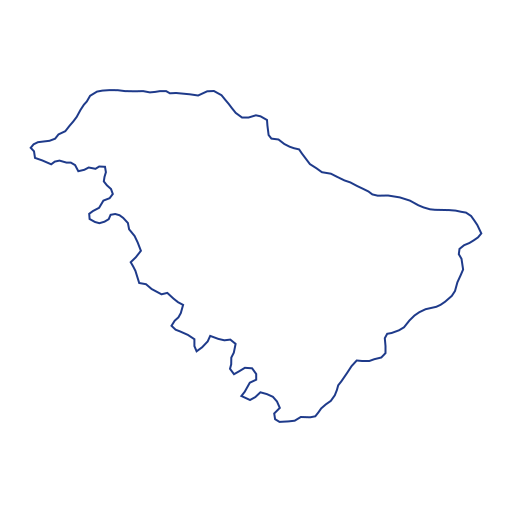 the district of Guará, São Paulo, Brazil
{"feature_id": "56859067B28755744533037", "entity_name": "Guará", "entity_type": "district", "adm_level": 2, "iso_a3": "BRA", "parent_name": "Brazil", "parent_adm1": "São Paulo", "projection": "orthographic", "projection_center": [-47.789, -20.493], "detail": "fine", "context": "isolated", "style": "outline", "palette": "blue", "viewbox_px": 512, "rotation_deg": 0, "n_neighbors": 0, "source": "geoboundaries", "source_scale": "gbopen_adm2", "svg_char_len": 2711}
<svg xmlns="http://www.w3.org/2000/svg" viewBox="0 0 512 512"><path d="M481.3,233.4L477.3,225.0L474.5,220.8L471.1,216.0L466.0,212.6L461.2,211.8L455.6,210.6L449.3,210.1L435.0,209.8L430.0,209.3L423.5,207.4L418.2,205.2L409.9,200.6L399.8,197.4L388.0,195.5L377.8,195.7L372.3,194.4L368.5,191.5L362.6,188.6L357.1,186.0L350.3,182.4L344.4,180.4L337.2,176.9L330.9,173.7L321.9,172.2L316.5,168.3L309.9,164.1L301.9,153.5L299.1,149.4L293.9,148.2L289.6,146.7L284.3,144.0L278.5,139.5L271.4,138.6L268.6,135.0L267.4,125.4L267.0,120.0L260.5,116.3L255.9,115.3L248.6,117.5L242.0,117.5L235.7,112.9L231.7,107.9L228.7,103.9L225.4,100.0L221.5,95.2L213.9,91.0L207.2,91.3L198.1,95.5L189.9,94.3L176.1,93.0L169.9,93.3L166.1,91.1L160.1,91.1L155.2,91.9L149.9,92.4L143.1,91.1L135.3,91.3L124.9,91.1L117.8,90.2L109.8,90.1L102.4,90.6L97.0,91.6L90.1,95.8L86.8,101.5L83.9,104.7L80.5,109.9L76.7,116.9L73.4,121.3L69.7,125.6L65.3,131.2L58.5,134.4L55.1,138.7L49.5,140.8L44.4,141.4L37.9,142.2L33.6,144.3L30.7,147.8L34.0,151.3L35.0,157.9L42.2,160.4L46.8,162.4L51.2,164.3L54.8,161.6L59.5,160.6L66.5,162.6L70.8,162.6L75.1,165.1L78.3,171.2L84.3,169.8L88.7,167.5L95.5,168.8L99.2,166.5L105.0,166.8L105.9,172.2L104.5,176.9L103.8,181.4L106.9,185.3L111.0,189.0L112.8,194.0L109.6,198.2L103.4,200.6L99.1,207.8L93.0,211.0L89.2,213.8L89.6,219.0L95.0,222.0L99.4,223.2L104.5,221.7L108.7,219.2L110.6,214.8L115.2,214.0L119.5,215.2L123.2,217.9L127.9,223.0L129.1,229.3L134.6,236.0L137.7,242.5L140.9,250.8L135.8,257.3L130.7,262.2L133.3,266.7L135.4,270.8L137.2,276.6L139.2,283.0L146.0,284.2L151.6,289.0L161.5,294.3L167.3,292.9L173.5,298.6L178.0,302.2L183.1,304.9L180.8,313.1L178.4,317.4L174.7,320.7L171.5,325.8L175.6,329.7L180.0,331.4L187.9,334.9L194.4,339.2L194.4,346.1L196.6,351.3L202.1,347.3L207.7,341.4L210.2,335.9L218.3,338.9L224.4,340.3L230.3,339.6L235.6,343.9L233.8,352.7L231.3,357.6L231.2,364.3L230.0,368.8L234.0,374.2L239.3,371.2L244.9,367.8L252.1,368.3L256.2,374.0L256.2,379.7L249.8,382.7L247.5,386.8L244.7,391.8L241.4,396.0L250.0,400.0L255.3,397.1L260.4,392.3L266.9,394.1L272.9,396.8L277.0,401.5L279.8,407.9L274.2,413.5L275.1,419.2L279.5,421.9L288.5,421.4L294.7,420.7L300.8,417.0L310.2,417.3L315.3,416.3L318.4,412.4L321.2,408.4L325.8,404.4L330.8,400.9L334.8,395.3L336.9,390.0L338.2,385.3L341.3,381.4L347.2,372.8L351.5,366.2L356.7,360.5L362.1,361.0L369.3,361.0L374.3,359.2L381.3,357.5L385.5,353.1L385.5,346.1L384.8,338.2L387.2,333.8L391.6,333.0L399.0,330.3L404.0,327.3L409.5,320.4L414.5,315.5L419.3,312.2L425.6,309.2L436.3,306.8L440.6,304.8L445.0,301.8L451.8,295.9L455.0,291.0L457.4,282.3L460.8,274.9L463.1,269.5L461.5,258.8L458.8,254.2L459.5,248.9L464.1,245.2L469.4,243.0L473.8,240.3L478.0,237.4L481.3,233.4Z" fill="none" stroke="#1e3a8a" stroke-width="2"/></svg>